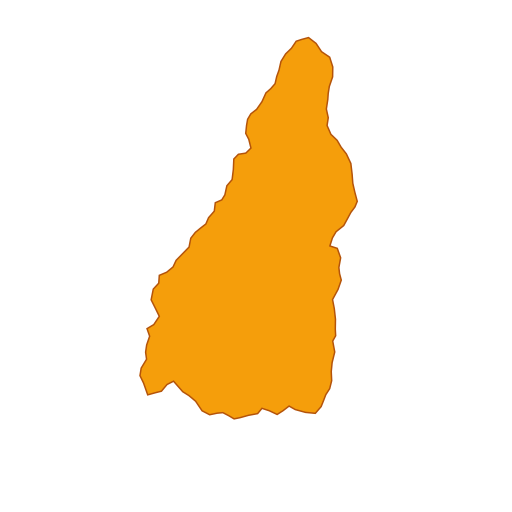 Chapadão do Lageado, Santa Catarina, Brazil (Albers equal-area conic projection), rotated 150°
{"feature_id": "56859067B87802320520562", "entity_name": "Chapadão do Lageado", "entity_type": "district", "adm_level": 2, "iso_a3": "BRA", "parent_name": "Brazil", "parent_adm1": "Santa Catarina", "projection": "albers", "projection_center": [-49.558, -27.587], "detail": "fine", "context": "isolated", "style": "filled", "palette": "amber", "viewbox_px": 512, "rotation_deg": 150, "n_neighbors": 0, "source": "geoboundaries", "source_scale": "gbopen_adm2", "svg_char_len": 1699}
<svg xmlns="http://www.w3.org/2000/svg" viewBox="0 0 512 512"><g transform="rotate(150 256 256)"><path d="M416.3,210.4L416.9,202.2L419.2,189.9L411.5,187.9L405.5,186.2L397.3,189.2L390.0,188.8L388.8,182.7L387.3,175.1L383.9,168.7L380.9,160.4L380.1,148.9L375.5,141.7L368.2,139.3L363.0,136.9L359.5,131.4L356.4,125.9L350.4,123.9L342.2,121.8L333.4,118.7L327.0,121.1L321.9,115.4L316.9,108.2L310.0,108.5L302.4,109.5L298.8,103.4L291.3,95.8L283.3,90.1L274.9,93.0L269.7,97.1L264.9,101.0L258.5,104.3L252.8,110.2L248.6,118.3L243.4,125.6L235.8,133.5L232.1,144.0L226.9,147.1L223.9,153.0L218.8,161.5L214.5,171.3L211.5,180.0L201.6,186.1L194.2,192.5L192.5,198.8L190.0,204.6L183.6,212.1L181.8,222.0L187.0,227.8L180.7,233.5L174.5,237.0L164.8,238.5L157.6,242.9L152.1,246.3L145.8,249.0L141.0,252.7L138.5,261.9L135.8,270.6L131.9,278.7L127.6,288.7L126.7,299.2L127.9,307.8L127.9,315.6L130.3,323.9L129.2,333.5L124.3,339.6L121.6,348.1L115.6,355.6L112.1,360.8L107.7,366.2L100.1,372.8L95.0,381.3L92.8,391.3L97.1,400.2L97.7,410.1L101.3,418.9L108.1,420.7L113.8,421.9L121.4,418.2L129.3,416.2L137.1,412.0L143.1,405.5L148.3,401.1L153.3,395.7L159.7,393.5L165.8,392.3L173.6,386.7L182.1,382.7L189.4,381.7L194.9,378.6L198.9,373.8L203.6,367.3L203.9,360.7L206.4,352.0L213.4,350.2L220.4,352.9L226.7,351.1L232.4,342.2L238.5,334.1L246.1,331.4L252.4,324.5L257.6,321.7L264.6,322.5L269.7,315.7L277.9,312.9L283.4,308.8L290.0,307.9L296.7,306.8L303.6,304.0L309.5,297.2L319.1,294.5L327.3,292.2L333.3,288.0L341.5,286.6L349.4,287.6L353.8,281.1L361.5,278.7L368.7,270.5L369.3,260.6L369.9,252.1L378.8,247.7L386.7,247.6L388.2,239.7L395.2,233.6L399.7,227.9L402.4,221.3L411.5,216.3L416.3,210.4Z" fill="#f59e0b" stroke="#b45309" stroke-width="1.5"/></g></svg>